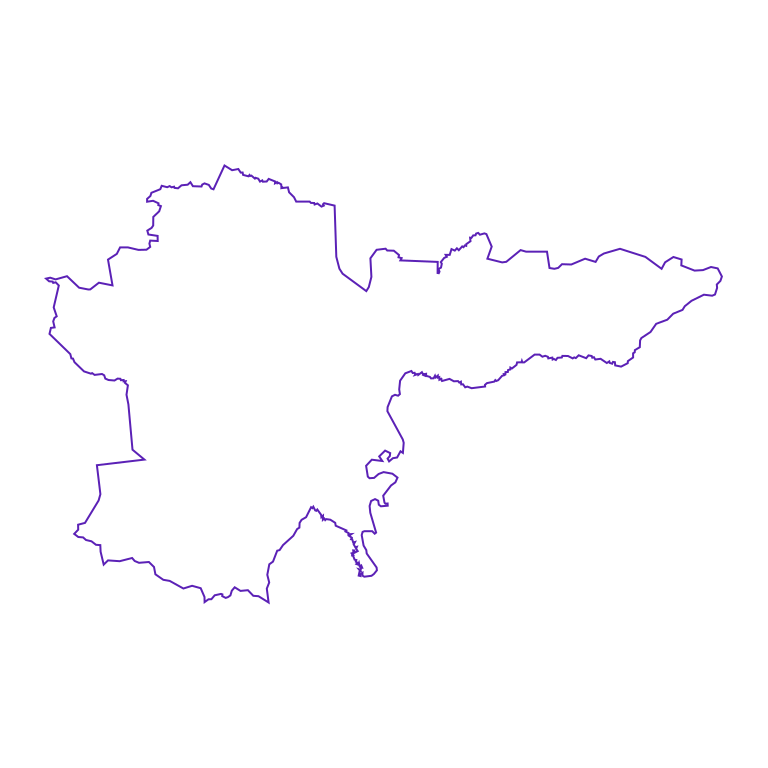 Phatthana Nikhom, Lop Buri, Thailand
{"feature_id": "78962969B79336823400406", "entity_name": "Phatthana Nikhom", "entity_type": "district", "adm_level": 2, "iso_a3": "THA", "parent_name": "Thailand", "parent_adm1": "Lop Buri", "projection": "mercator", "projection_center": [101.069, 14.9], "detail": "fine", "context": "isolated", "style": "outline", "palette": "violet", "viewbox_px": 768, "rotation_deg": 0, "n_neighbors": 0, "source": "geoboundaries", "source_scale": "gbopen_adm2", "svg_char_len": 6088}
<svg xmlns="http://www.w3.org/2000/svg" viewBox="0 0 768 768"><path d="M151.4,192.8L150.4,196.0L147.1,198.9L147.1,201.7L153.1,200.8L158.5,203.3L158.3,205.1L160.9,206.1L159.2,211.3L153.3,216.9L153.2,225.5L151.6,227.9L147.3,230.6L148.4,234.5L157.6,235.9L157.7,241.0L150.2,240.6L149.4,243.6L150.2,246.9L146.5,249.7L138.5,249.9L127.9,247.4L120.1,247.4L116.8,253.9L108.0,259.6L112.5,285.4L98.9,282.7L90.3,289.4L88.4,289.5L79.1,287.7L67.0,276.2L55.6,279.4L50.2,277.7L46.1,278.6L49.1,281.3L52.7,281.6L53.2,282.9L55.7,282.3L58.8,285.5L53.7,307.4L56.7,316.3L54.4,318.0L53.2,321.4L54.6,327.4L50.9,327.9L49.5,333.9L70.3,354.1L71.4,358.4L73.0,358.6L74.5,362.2L84.0,371.4L91.0,373.7L92.1,373.1L94.6,374.9L102.0,374.0L104.2,375.3L105.3,378.6L108.5,380.0L114.5,380.5L117.6,378.6L120.4,378.8L120.9,380.2L123.6,380.0L123.6,381.4L125.7,381.2L125.0,382.9L127.9,385.3L126.5,394.7L128.4,404.4L132.5,449.7L144.4,459.6L96.9,465.2L100.4,494.2L98.6,500.5L85.0,522.9L78.1,524.7L78.2,529.7L74.2,533.9L78.3,537.0L83.1,537.4L86.0,540.0L91.5,541.3L96.0,544.8L100.3,545.1L100.6,551.7L103.7,564.6L108.0,560.4L119.7,561.2L132.1,558.0L134.7,561.0L139.0,562.8L148.9,562.0L154.0,567.0L155.4,574.3L163.3,579.8L169.7,580.9L183.4,588.5L192.1,585.8L200.7,588.2L204.5,597.0L204.6,602.1L208.5,599.3L211.4,599.2L214.7,595.3L221.0,593.9L222.4,594.4L222.2,596.1L225.7,597.9L228.0,597.1L230.4,595.4L231.8,590.7L234.7,587.3L240.5,590.9L247.9,590.2L253.3,595.8L258.5,596.2L268.6,602.5L266.8,588.6L269.2,582.5L267.3,574.8L269.3,564.3L273.0,561.6L277.2,550.7L279.6,550.1L283.0,545.1L293.3,535.8L297.1,529.1L299.4,527.6L299.6,522.9L301.6,519.8L306.1,517.2L311.1,507.2L312.4,508.1L313.3,506.7L315.2,510.4L316.3,510.8L317.3,509.5L321.1,514.8L321.4,517.2L323.0,515.7L322.9,519.7L324.2,518.5L325.2,520.1L326.2,519.1L330.3,519.7L335.2,522.8L335.7,525.7L346.3,530.4L345.5,531.5L348.5,533.0L348.4,534.3L351.4,534.1L349.0,535.8L351.8,537.7L351.1,539.2L352.2,539.3L353.2,542.5L355.0,542.0L353.7,544.4L355.3,547.2L356.9,546.8L356.1,548.7L357.7,551.1L354.2,552.9L354.3,550.5L353.2,550.4L353.5,552.7L351.7,553.3L353.2,555.0L351.3,555.5L353.1,555.7L354.6,559.7L356.3,560.0L355.8,561.7L357.5,562.8L356.4,564.0L358.0,564.6L358.9,562.8L359.7,566.4L361.2,565.4L362.2,567.8L361.0,567.9L360.7,569.7L358.8,569.2L360.6,571.4L359.5,571.8L358.7,575.6L360.3,576.0L360.0,574.5L362.5,572.8L362.4,575.6L364.3,576.7L371.5,575.8L373.9,574.0L376.9,570.3L376.6,567.5L366.7,553.5L366.3,550.1L363.6,545.6L361.7,535.1L362.6,531.9L364.4,531.2L372.2,531.2L374.7,533.7L376.1,532.6L370.3,512.8L369.6,506.0L371.1,501.0L375.0,499.1L378.2,500.7L378.8,504.7L380.9,506.3L387.7,505.7L387.6,503.5L385.4,503.7L384.5,502.6L383.2,495.7L391.0,485.5L395.4,482.3L397.5,477.6L392.4,473.7L383.6,472.1L378.6,474.0L374.1,477.9L369.5,478.2L367.8,476.6L366.1,465.8L371.8,459.7L382.3,461.0L379.2,456.4L385.1,450.6L390.2,453.1L389.8,456.1L387.6,458.6L389.1,461.4L392.9,458.2L397.1,457.5L400.5,451.3L402.9,452.9L403.7,442.8L402.8,439.5L387.4,411.2L387.6,407.1L391.9,396.4L395.0,394.8L398.1,395.7L399.9,394.1L399.2,389.4L400.1,380.7L405.3,373.3L411.4,371.0L412.7,373.0L415.4,372.7L414.2,373.0L415.6,373.8L414.9,375.0L417.9,374.0L418.2,375.0L421.9,372.2L422.7,373.8L424.2,374.0L423.3,375.0L425.0,375.7L424.7,374.1L426.1,373.8L426.1,375.8L429.9,376.9L431.0,378.4L433.6,378.3L435.0,375.7L435.6,377.4L437.8,375.6L437.8,377.6L439.3,377.1L439.4,379.7L441.9,378.3L441.1,379.4L442.0,381.0L449.5,378.9L453.9,381.3L458.0,381.1L459.3,382.6L460.9,381.7L461.2,384.4L463.0,384.3L465.2,387.3L467.3,386.6L471.6,388.2L485.1,386.5L485.0,384.8L487.0,383.1L494.3,381.6L495.3,380.1L496.2,381.0L498.2,380.2L502.1,375.8L504.3,375.2L503.9,374.1L505.4,374.2L505.5,372.1L507.8,372.0L508.1,370.0L510.2,369.5L510.4,367.6L511.9,368.5L516.5,364.9L517.1,362.4L521.5,362.3L521.9,361.0L522.4,362.4L524.2,362.4L534.6,354.6L539.6,354.6L542.4,356.7L545.2,355.8L547.9,356.8L548.3,358.4L552.3,357.6L552.6,359.5L553.8,358.9L555.9,360.0L557.5,357.8L561.8,357.5L562.4,355.9L568.0,356.0L572.7,358.4L574.2,357.4L575.8,358.1L578.7,355.3L586.2,358.2L588.5,355.4L591.7,356.0L592.3,357.7L593.9,357.2L595.3,359.5L600.6,358.8L606.8,363.0L609.3,361.4L609.7,362.9L612.2,363.7L613.0,361.9L614.9,362.2L615.2,365.4L621.1,366.6L627.7,363.2L627.9,361.1L633.1,357.5L633.1,353.3L634.7,352.3L634.9,350.1L639.8,347.2L640.1,340.4L641.4,338.0L650.5,332.0L656.2,323.8L667.3,319.7L673.2,313.7L682.5,309.9L684.8,306.2L691.5,300.8L703.9,294.7L712.2,295.7L715.0,294.5L717.1,287.9L716.8,284.5L720.4,280.9L721.9,276.5L717.7,268.4L711.0,267.0L703.0,270.1L694.6,270.6L681.3,265.4L681.6,259.5L673.4,257.0L665.1,262.3L661.6,268.8L645.4,256.9L620.0,248.8L603.9,253.5L598.8,256.5L595.6,261.9L585.1,258.7L571.3,264.5L562.0,264.2L558.2,267.9L554.4,268.8L549.5,268.0L547.0,251.7L526.2,251.7L520.6,250.1L506.3,261.8L502.2,262.4L487.4,258.7L491.7,246.6L486.4,234.1L484.4,233.4L479.9,234.7L478.2,232.9L476.1,233.6L475.5,235.3L473.2,235.4L471.4,237.9L470.1,237.7L470.5,241.2L466.3,244.1L466.2,245.8L464.9,245.4L463.5,247.2L462.2,246.4L458.8,250.2L456.9,248.3L454.8,250.6L451.5,249.1L449.7,254.9L445.7,254.9L446.8,256.8L444.2,257.9L440.8,262.1L441.8,263.7L441.0,267.6L438.5,269.0L439.5,271.6L438.8,273.2L437.6,273.0L437.7,261.9L400.4,260.4L401.6,258.1L398.5,257.3L399.0,255.0L393.8,250.7L387.2,250.5L385.6,248.7L376.6,249.8L370.4,258.3L371.4,276.9L368.8,287.1L366.3,291.1L342.6,273.7L339.4,268.7L336.3,256.8L334.6,205.6L324.1,203.2L323.0,204.3L323.8,205.6L321.5,206.6L317.4,203.5L314.6,204.5L314.2,203.0L310.9,202.9L309.7,201.6L296.2,201.6L294.0,197.2L289.1,192.3L287.9,187.4L281.8,188.1L282.7,186.5L281.4,187.4L281.2,184.4L278.6,182.8L277.4,183.3L277.0,182.2L275.0,183.3L275.2,181.5L268.7,178.9L266.7,181.5L262.9,181.7L262.3,180.4L260.0,181.6L258.3,178.7L255.5,177.8L254.9,178.6L251.4,175.6L250.1,176.0L249.5,175.0L248.4,176.3L243.1,174.9L242.6,172.5L240.7,172.6L238.3,169.0L232.1,170.2L224.5,165.5L213.5,189.3L211.2,188.5L208.8,184.9L204.5,183.4L202.2,184.6L201.5,186.5L192.9,186.2L190.4,182.2L187.7,184.7L181.5,185.3L178.0,188.3L174.5,187.9L174.1,186.7L171.5,187.3L169.7,186.1L167.2,187.2L161.7,185.8L160.3,189.2L151.4,192.8Z" fill="none" stroke="#5b21b6" stroke-width="2"/></svg>